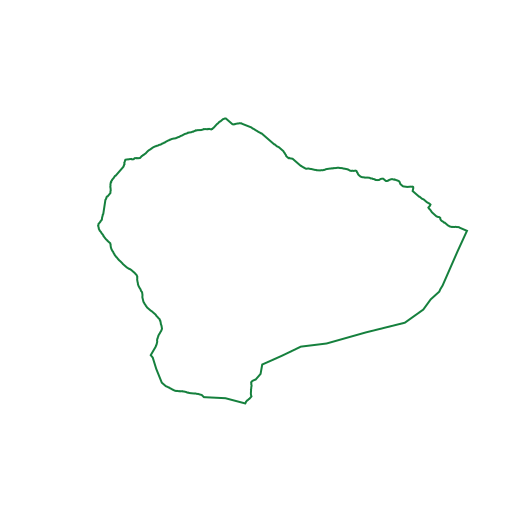 Curridabat, San José, Costa Rica (Mercator projection), rotated 41°
{"feature_id": "36466004B71445254022700", "entity_name": "Curridabat", "entity_type": "district", "adm_level": 2, "iso_a3": "CRI", "parent_name": "Costa Rica", "parent_adm1": "San José", "projection": "mercator", "projection_center": [-84.034, 9.916], "detail": "fine", "context": "isolated", "style": "outline", "palette": "green", "viewbox_px": 512, "rotation_deg": 41, "n_neighbors": 0, "source": "geoboundaries", "source_scale": "gbopen_adm2", "svg_char_len": 6119}
<svg xmlns="http://www.w3.org/2000/svg" viewBox="0 0 512 512"><g transform="rotate(41 256 256)"><path d="M398.7,98.6L390.9,101.1L390.3,101.1L389.8,101.4L388.5,102.5L387.5,103.0L386.7,104.0L385.3,105.0L385.0,105.5L382.6,106.7L382.0,106.7L380.8,107.0L376.5,107.0L376.2,107.4L374.3,107.4L373.2,107.7L371.9,107.6L370.9,107.2L370.1,106.4L368.9,106.4L367.4,107.3L366.8,107.4L366.3,107.7L360.1,107.6L357.1,106.8L355.2,106.7L354.3,106.3L354.3,103.8L353.9,102.7L352.1,102.7L351.5,103.0L350.9,103.0L349.7,103.3L345.4,103.3L343.7,103.9L340.6,103.9L340.3,104.2L331.6,104.2L330.1,101.5L329.3,100.8L328.7,100.9L327.8,101.8L327.3,102.1L324.9,104.6L321.4,106.9L320.9,107.0L317.8,107.0L315.5,105.8L314.3,105.8L313.8,106.1L313.2,106.2L312.2,106.7L311.1,107.0L310.8,107.4L310.2,107.4L309.9,107.9L308.4,108.6L307.7,109.3L306.5,111.4L306.5,112.0L306.2,112.3L306.1,112.9L305.2,113.9L304.7,114.2L301.6,114.2L301.1,114.3L300.2,115.2L299.5,116.2L299.0,117.9L298.1,118.8L296.5,120.1L295.8,120.1L295.5,120.4L294.9,120.4L293.4,121.3L292.8,121.3L291.5,122.3L290.9,122.3L289.8,122.8L289.0,123.5L288.5,123.8L286.8,125.4L286.2,125.6L284.4,126.9L282.7,127.5L280.2,127.5L279.1,127.2L278.0,126.6L277.4,126.6L276.4,126.0L275.8,126.0L275.2,126.2L273.6,128.0L272.6,128.5L272.3,129.1L272.0,129.3L271.0,129.9L269.8,130.1L269.2,130.3L268.6,130.3L268.1,130.7L267.5,130.8L267.1,131.2L265.6,131.9L265.3,132.3L263.2,133.3L261.4,134.7L260.5,135.1L260.1,135.6L259.6,135.9L258.7,137.1L256.8,138.9L256.6,139.5L256.1,139.7L255.5,140.3L255.2,140.9L254.7,141.2L251.9,144.5L251.2,146.1L250.7,146.5L250.2,147.4L249.9,147.7L249.4,148.0L248.7,148.7L248.4,149.2L245.5,151.5L244.9,151.6L244.1,152.3L240.4,154.2L240.0,154.6L238.1,155.6L236.6,157.3L235.1,157.7L234.5,157.7L234.0,158.0L233.4,158.0L232.2,158.3L231.0,158.3L230.7,158.6L219.8,158.6L217.2,160.2L216.7,160.2L216.4,160.8L213.3,160.8L212.4,160.2L211.3,160.0L210.2,159.5L209.5,159.5L207.9,158.9L201.7,158.9L199.9,159.5L196.8,159.5L196.5,159.8L179.7,159.8L179.2,160.2L178.1,160.3L176.3,160.8L175.1,160.9L172.7,161.4L172.1,161.4L170.4,161.7L169.9,162.0L168.2,162.0L158.6,165.4L158.0,165.4L157.5,165.9L156.6,166.4L156.0,167.3L155.2,168.0L154.9,168.5L154.1,169.4L153.6,170.4L153.1,170.7L153.0,171.2L152.2,171.8L151.7,172.0L143.0,172.0L142.1,172.9L141.7,173.9L141.3,174.4L140.9,177.4L140.6,177.9L140.6,178.5L140.3,179.0L140.3,180.9L140.0,182.0L139.9,187.0L139.7,187.6L139.7,188.8L139.3,189.1L139.3,189.7L138.3,190.3L137.2,190.8L136.9,191.4L136.4,191.6L136.2,192.2L134.3,193.6L133.7,194.3L133.2,194.6L133.1,195.2L131.9,197.0L129.4,199.3L128.7,200.3L128.2,200.5L128.2,201.1L127.8,201.5L127.3,202.6L127.2,203.2L126.8,203.4L125.8,205.3L124.5,206.7L124.3,207.2L123.8,207.4L123.4,208.9L122.2,210.6L121.0,213.9L120.4,214.8L119.9,216.5L119.2,217.4L119.1,218.0L118.7,218.5L118.3,219.6L117.9,220.0L117.7,220.5L117.0,221.1L115.7,222.9L115.2,224.0L114.8,224.4L114.8,225.1L114.5,225.6L114.2,225.9L112.9,229.2L112.9,229.8L112.3,230.7L112.3,231.3L111.4,232.7L111.4,233.3L111.1,233.8L111.0,234.4L109.9,235.8L109.8,236.4L109.3,237.4L108.6,238.2L108.5,238.8L108.1,239.2L107.2,241.2L106.7,242.9L106.7,243.5L106.4,244.0L106.4,244.6L105.8,246.3L105.5,248.1L105.4,251.2L105.0,252.3L104.9,253.5L104.6,253.8L104.5,255.0L104.2,255.5L104.2,258.0L103.3,259.2L102.8,259.5L102.3,259.9L102.1,260.4L101.5,260.5L100.2,261.9L100.2,263.1L99.6,263.9L98.9,264.5L98.3,264.5L98.0,264.8L96.7,266.2L96.4,266.7L95.5,267.5L94.9,268.3L94.3,269.0L94.4,269.6L95.2,271.1L95.3,271.7L95.5,272.2L96.0,272.5L96.5,272.9L96.5,273.5L97.1,274.6L97.1,275.2L97.4,275.7L97.4,287.5L97.1,288.0L97.1,288.6L97.4,290.4L97.4,292.9L97.7,293.4L97.7,294.6L97.9,295.2L98.3,295.4L98.3,296.1L98.6,296.4L99.0,297.3L99.9,298.2L100.5,299.2L101.0,299.5L101.2,299.9L101.7,300.2L103.4,301.9L103.6,302.5L104.8,304.0L104.9,308.3L104.6,308.6L104.6,309.8L105.1,310.5L105.2,311.0L105.4,311.4L105.5,312.4L113.1,324.4L113.3,325.5L113.6,325.8L114.7,328.1L115.7,329.5L115.7,329.9L115.9,330.1L115.9,332.1L116.1,332.4L116.1,335.2L116.9,336.2L116.9,336.6L117.3,336.8L117.5,337.1L118.7,337.8L119.5,338.6L120.9,339.1L121.3,339.4L123.1,339.6L124.8,340.2L126.0,340.3L127.5,340.7L127.7,341.0L131.8,341.8L133.8,341.8L134.0,342.0L137.6,342.0L138.2,342.5L138.6,342.6L139.2,343.3L140.8,344.7L142.5,345.7L144.3,346.4L145.4,346.6L147.1,347.4L148.2,347.6L148.8,348.0L150.3,348.2L150.7,348.4L151.9,348.4L153.7,348.8L154.5,348.8L154.9,349.0L157.7,349.0L158.4,349.1L160.0,349.2L160.7,349.4L165.9,349.4L168.6,349.0L168.8,348.8L169.2,348.8L169.4,348.6L170.9,348.4L176.1,348.4L176.8,348.6L178.0,348.6L179.9,349.4L180.2,350.0L180.7,350.3L181.8,351.8L183.9,353.5L184.6,353.9L185.3,354.7L187.1,355.7L189.2,356.5L190.7,356.9L192.0,357.7L193.8,358.1L195.9,359.9L197.3,361.7L200.8,364.2L201.8,364.7L202.2,364.7L203.3,365.2L204.8,365.5L205.6,365.9L206.3,365.9L207.4,366.3L212.5,366.3L213.3,366.1L218.8,366.1L219.9,366.5L222.3,366.7L223.1,366.9L224.6,366.9L225.5,367.4L225.9,367.5L226.0,367.8L226.4,367.8L227.0,368.2L228.5,369.4L228.7,369.7L230.4,370.6L232.8,372.6L233.6,374.8L233.8,376.3L234.2,377.9L234.2,378.6L234.7,380.5L235.0,380.8L235.3,381.9L235.8,382.7L235.8,383.1L236.6,384.5L237.7,385.5L239.2,388.4L239.2,389.1L239.6,389.7L239.8,390.3L241.6,399.9L244.7,400.4L254.7,406.6L268.0,413.4L273.4,413.4L275.1,412.8L276.6,412.5L276.9,412.2L278.1,412.2L279.2,411.8L280.7,411.6L281.0,411.4L281.4,411.4L283.6,410.7L283.9,410.4L284.5,410.1L284.9,409.6L286.9,408.4L287.0,408.1L287.7,407.8L287.9,407.4L289.1,406.5L289.3,406.2L289.7,406.2L290.6,405.5L292.7,404.4L293.1,404.4L293.4,404.2L294.1,404.0L294.7,403.4L295.1,403.4L296.4,402.6L299.9,400.1L300.1,399.7L302.1,398.7L302.7,398.1L304.4,397.4L306.2,396.5L309.3,396.7L326.2,383.4L345.3,374.0L344.9,374.0L344.5,373.6L344.1,372.7L344.1,370.7L344.3,370.4L344.5,368.5L344.7,368.2L344.7,365.0L343.3,364.1L342.2,363.0L340.4,360.6L339.8,360.1L339.5,359.4L338.3,357.8L338.0,357.1L337.4,356.4L336.4,355.8L336.0,355.1L335.2,354.5L335.2,352.9L335.4,352.2L336.5,349.8L336.8,349.6L336.8,342.0L331.9,333.8L340.9,314.5L349.3,295.0L366.7,275.7L389.1,241.5L412.1,208.7L417.4,186.7L416.3,174.1L417.7,162.7L416.9,160.1L416.2,155.9L405.1,120.4L398.7,98.6Z" fill="none" stroke="#15803d" stroke-width="2"/></g></svg>